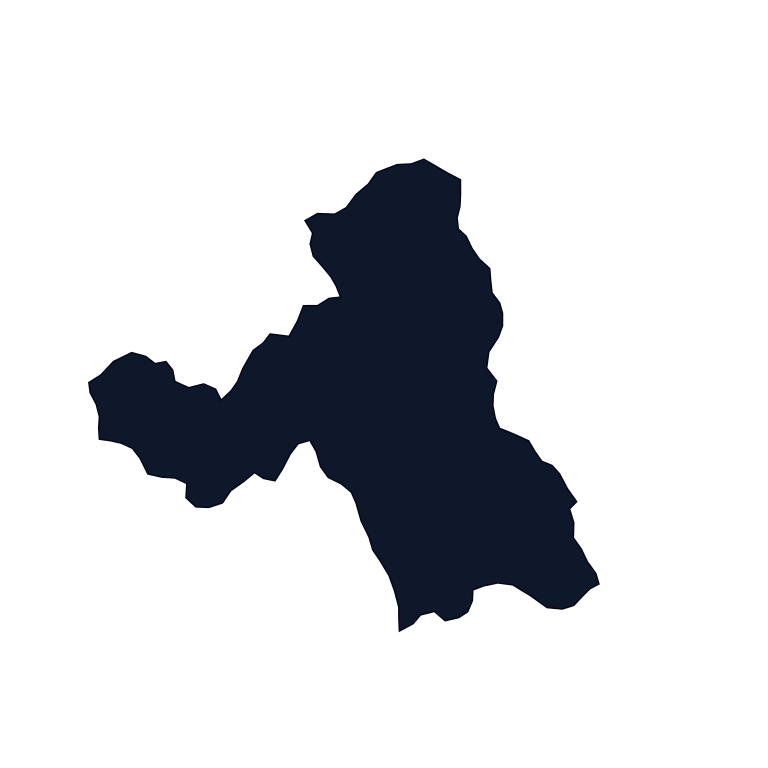 outline of Pequeri, Minas Gerais, Brazil, rotated 292°
{"feature_id": "56859067B74304028561666", "entity_name": "Pequeri", "entity_type": "district", "adm_level": 2, "iso_a3": "BRA", "parent_name": "Brazil", "parent_adm1": "Minas Gerais", "projection": "albers", "projection_center": [-43.135, -21.825], "detail": "fine", "context": "isolated", "style": "filled", "palette": "ink", "viewbox_px": 768, "rotation_deg": 292, "n_neighbors": 0, "source": "geoboundaries", "source_scale": "gbopen_adm2", "svg_char_len": 1851}
<svg xmlns="http://www.w3.org/2000/svg" viewBox="0 0 768 768"><g transform="rotate(292 384 384)"><path d="M226.2,140.8L229.0,151.8L230.7,162.3L230.1,174.8L223.7,185.8L212.1,198.8L214.4,212.7L218.6,225.5L217.8,238.5L204.4,243.0L199.6,255.6L204.0,267.9L213.3,278.8L227.5,281.8L241.5,290.7L253.4,297.1L251.3,307.6L253.4,319.2L267.2,321.7L284.1,323.3L296.4,326.7L304.0,336.3L296.0,346.4L283.5,356.2L276.5,367.3L275.4,381.9L271.4,394.3L262.9,402.9L248.5,414.1L236.3,427.6L225.9,435.8L218.9,446.3L208.3,460.4L196.0,471.4L182.5,481.4L172.5,485.5L160.7,490.8L172.7,500.8L183.5,504.3L192.0,515.9L187.4,529.3L195.4,540.8L204.1,546.9L216.2,547.1L226.3,543.5L234.2,552.1L242.2,564.0L246.0,578.6L242.6,599.1L237.8,619.0L242.2,633.6L249.8,642.9L260.6,647.1L271.0,651.4L279.1,658.2L287.7,651.4L295.4,639.1L304.7,629.0L312.3,617.2L326.5,611.9L337.7,602.8L347.0,606.7L355.7,593.2L366.5,580.4L371.4,570.4L371.4,559.4L377.5,549.9L385.5,539.4L386.2,521.1L386.2,507.7L393.8,500.1L404.6,493.1L415.4,489.2L429.0,487.4L437.2,473.2L453.1,469.1L470.3,472.5L482.3,472.1L494.2,467.3L502.4,460.9L509.0,450.0L519.2,444.5L530.6,438.8L535.7,425.3L542.7,414.8L551.8,404.8L555.6,394.8L565.6,389.5L577.0,387.9L587.4,384.3L602.0,378.4L603.5,363.3L605.8,347.6L607.3,336.8L598.2,326.8L592.3,314.0L584.7,305.8L577.1,297.8L563.5,294.6L549.3,287.1L533.4,283.0L523.0,274.7L517.1,258.5L505.9,249.6L497.2,261.3L486.2,263.1L476.0,270.6L469.5,283.6L463.5,294.6L456.9,303.0L448.3,311.2L442.8,301.0L431.7,293.0L426.4,280.0L410.1,280.2L392.6,278.1L387.7,259.7L376.9,256.7L366.1,250.1L345.5,247.3L331.3,247.3L320.5,244.8L308.0,239.1L316.1,229.8L316.5,216.8L307.4,204.4L308.0,189.2L317.8,182.8L323.1,173.4L317.1,164.1L320.3,152.9L318.6,138.3L303.6,124.8L286.2,118.0L274.8,109.8L265.9,114.8L257.4,124.8L247.0,132.4L236.2,136.0L226.2,140.8Z" fill="#0f172a" stroke="#020617" stroke-width="1.5"/></g></svg>